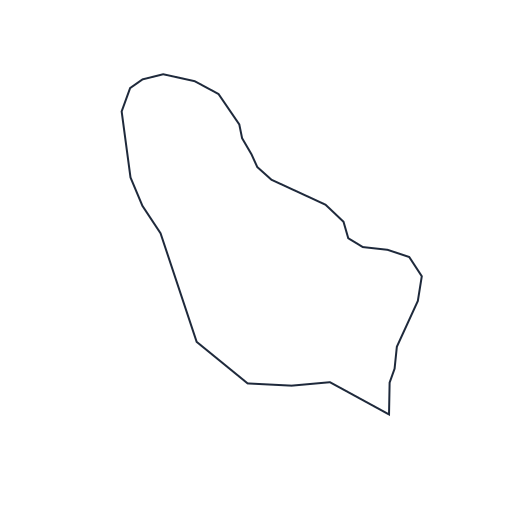 the Federal Territory of Putrajaya, rotated 127°
{"feature_id": "MYS-4832", "entity_name": "Putrajaya", "entity_type": "Federal Territory", "adm_level": 1, "iso_a3": "MYS", "parent_name": "Malaysia", "parent_adm1": "", "projection": "robinson", "projection_center": [101.69, 2.928], "detail": "fine", "context": "isolated", "style": "outline", "palette": "slate", "viewbox_px": 512, "rotation_deg": 127, "n_neighbors": 0, "source": "natural_earth", "source_scale": "10m", "svg_char_len": 532}
<svg xmlns="http://www.w3.org/2000/svg" viewBox="0 0 512 512"><g transform="rotate(127 256 256)"><path d="M302.5,54.4L312.3,121.0L338.1,149.5L362.8,186.0L360.3,251.7L295.3,345.9L284.3,376.9L268.8,403.5L221.4,450.3L197.6,457.6L183.2,452.9L166.7,439.5L153.3,410.2L149.2,383.4L161.0,348.5L170.3,338.0L177.5,320.8L184.2,308.5L185.8,289.5L173.2,231.3L176.0,206.7L186.3,193.0L184.6,176.1L171.9,154.7L164.6,133.0L172.4,111.4L194.5,99.7L243.7,88.9L262.6,77.5L276.7,73.1L302.5,54.4Z" fill="none" stroke="#1e293b" stroke-width="2"/></g></svg>